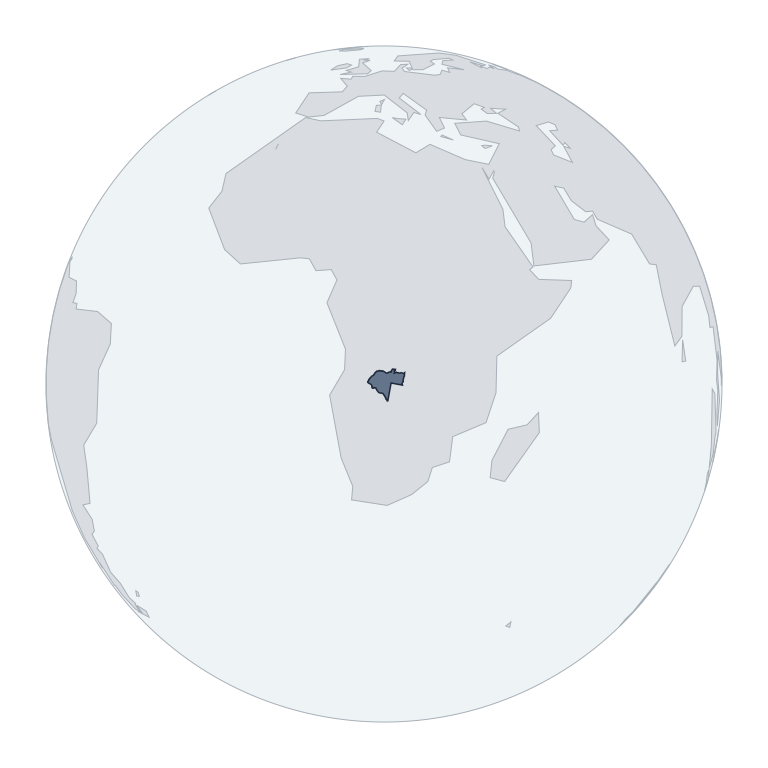 Moxico highlighted on a globe, orthographic projection, rotated 10°
{"feature_id": "AGO-1892", "entity_name": "Moxico", "entity_type": "Province", "adm_level": 1, "iso_a3": "AGO", "parent_name": "Angola", "parent_adm1": "", "projection": "orthographic", "projection_center": [20.805, -13.377], "detail": "fine", "context": "on_globe", "style": "filled", "palette": "slate", "viewbox_px": 768, "rotation_deg": 10, "n_neighbors": 0, "source": "natural_earth", "source_scale": "10m", "svg_char_len": 9010}
<svg xmlns="http://www.w3.org/2000/svg" viewBox="0 0 768 768"><g transform="rotate(10 384 384)"><circle cx="384" cy="384" r="338" fill="#eef3f6" stroke="#a8b0b8"/><path d="M52.2,320.1L54.7,313.1L53.5,318.1L55.3,333.6L63.3,336.0L65.1,348.3L63.5,357.9L67.6,357.9L67.8,363.6L89.4,362.4L105.0,371.8L107.5,392.2L100.4,419.6L107.9,472.5L98.9,496.3L105.9,517.9L115.2,552.6L108.5,555.3L120.1,568.0L124.3,579.1L122.6,582.8L130.7,593.2L129.9,595.8L136.4,600.6L147.5,616.9L158.8,625.9L170.1,638.5L177.6,643.4L177.3,644.3L180.2,647.6L184.7,650.9L178.2,648.8L162.3,636.6L154.1,628.8L153.5,629.1L134.9,609.2L138.8,614.3L115.5,587.3L99.0,562.8L66.0,496.4L61.7,485.1L60.5,481.8L53.7,455.4L49.0,428.6L46.5,401.4L46.2,374.2L48.1,347.0L52.2,320.1ZM193.2,654.5L180.8,650.5L185.8,651.7L178.9,644.8L189.2,649.0L193.2,654.5ZM177.3,635.8L175.5,630.8L178.0,631.8L179.9,635.6L177.3,635.8ZM482.5,60.8L483.1,60.9L488.7,62.9L491.0,63.7L487.8,62.4L487.2,62.2L511.2,70.9L534.4,81.4L556.8,93.6L578.2,107.4L598.5,122.9L617.5,139.8L635.3,158.1L651.6,177.7L666.4,198.4L679.6,220.2L691.1,243.0L700.8,266.5L701.0,267.1L709.3,292.4L715.5,318.3L716.5,327.2L715.2,319.7L707.0,293.6L710.7,315.7L717.2,341.7L719.6,367.6L717.0,355.4L713.9,332.5L710.9,322.7L707.9,302.8L698.2,270.6L695.2,271.7L691.8,260.2L677.9,232.9L671.6,234.1L664.1,255.8L669.1,285.3L663.8,296.0L642.5,247.9L631.4,219.3L624.7,219.6L601.9,193.4L565.5,184.7L559.4,177.5L552.7,179.3L536.6,170.9L527.0,159.9L517.7,159.5L542.9,189.0L552.9,189.9L560.0,180.9L565.3,191.4L580.7,203.0L566.7,225.1L511.1,241.7L504.4,219.6L455.3,162.4L456.0,156.8L455.7,156.1L455.1,155.0L451.9,164.0L443.0,153.9L470.7,191.2L475.9,208.1L510.4,242.9L507.5,246.1L518.2,254.1L550.8,249.5L551.3,256.9L536.7,290.3L490.3,336.9L495.8,373.1L491.2,404.3L460.8,423.9L462.0,449.3L446.1,457.8L444.1,472.4L430.5,488.0L408.3,503.0L372.2,503.8L371.0,490.1L354.7,464.4L332.4,404.4L342.7,376.7L340.0,356.3L313.7,313.9L319.6,289.7L312.2,280.5L297.3,284.2L288.7,273.6L279.6,274.3L221.8,290.7L203.7,279.3L180.9,241.2L190.9,222.4L191.9,204.1L260.6,135.2L276.2,135.8L331.4,123.6L338.4,125.0L333.0,137.3L375.2,150.8L387.7,140.0L424.9,148.9L449.0,149.5L455.8,127.3L416.3,125.4L408.4,115.0L439.2,107.3L473.6,111.3L471.7,107.5L449.1,97.6L456.1,92.2L441.1,94.0L447.8,97.9L438.7,99.7L432.0,96.4L434.7,94.2L424.1,92.3L413.8,104.4L419.5,109.7L392.2,111.9L399.1,121.4L392.0,126.0L377.7,111.9L378.4,106.9L352.5,94.5L349.3,99.7L373.5,112.2L366.3,111.4L362.2,120.3L359.7,112.9L334.1,99.4L308.9,105.1L278.3,129.9L263.3,134.2L250.0,132.4L259.7,110.3L292.2,103.5L296.1,97.1L288.3,90.5L298.8,89.5L299.7,86.4L311.8,84.4L327.7,76.0L339.9,74.3L345.0,66.5L352.0,64.9L346.9,69.7L350.0,72.7L380.1,71.1L385.6,69.4L386.5,64.9L394.6,65.7L391.7,61.6L408.4,60.6L385.5,59.0L385.9,55.3L395.4,53.0L391.4,51.9L376.0,56.0L373.6,58.1L378.1,60.1L367.8,67.7L357.7,69.5L352.9,61.8L338.0,64.1L340.7,58.5L380.7,48.5L398.0,47.8L428.9,52.2L425.5,53.4L412.7,51.9L425.6,55.8L424.0,54.2L430.8,55.4L433.0,53.5L437.9,54.3L431.5,51.6L437.8,52.5L441.7,54.2L450.2,53.7L462.9,56.1L462.5,55.8L458.4,54.7L477.3,59.4L476.1,58.9L469.5,57.1L462.9,55.4L462.7,55.4L482.5,60.8ZM238.3,165.8L236.8,171.1L236.7,171.1L238.3,165.8ZM511.3,129.0L531.1,133.1L519.8,118.8L526.5,119.5L520.2,114.8L518.9,117.8L503.2,105.8L510.9,103.9L507.3,98.9L500.5,97.4L489.0,103.1L511.3,119.7L507.8,124.2L511.3,129.0ZM54.9,312.6L54.8,315.2L54.0,316.7L54.9,312.6ZM167.4,124.6L161.2,130.0L164.1,127.4L167.4,124.6ZM292.2,74.9L296.7,75.6L292.5,79.1L277.1,84.1L282.9,78.7L292.2,74.9ZM304.0,76.0L303.4,68.5L313.0,66.1L307.7,68.5L314.1,67.6L307.3,71.5L317.0,77.6L314.0,81.3L287.1,86.8L297.6,82.5L292.5,81.7L304.0,76.0ZM285.2,62.6L285.1,61.8L306.0,57.1L303.7,58.6L288.2,62.9L281.8,63.8L285.2,62.6ZM309.7,54.3L308.3,54.7L306.6,55.1L309.7,54.3ZM303.3,55.9L300.2,56.7L305.4,55.4L276.3,63.7L303.3,55.9ZM239.9,78.3L232.4,82.0L231.8,82.3L239.9,78.3ZM345.9,120.2L351.3,120.3L359.6,119.4L357.0,125.5L345.9,120.2ZM328.1,110.9L332.9,109.8L333.4,116.9L327.8,117.1L328.1,110.9ZM335.1,103.7L333.1,109.2L330.9,106.4L335.1,103.7ZM351.3,68.8L356.4,68.0L357.1,69.0L354.5,70.8L351.3,68.8ZM449.3,130.6L442.7,134.5L438.9,132.3L441.9,131.3L449.3,130.6ZM397.9,128.7L409.9,131.7L397.0,130.4L397.9,128.7ZM550.3,596.2L550.1,601.9L546.0,601.2L550.3,596.2ZM545.4,404.8L519.7,459.1L504.8,457.8L503.6,440.5L514.1,407.0L532.0,399.4L541.1,385.3L545.4,404.8ZM718.3,433.2L718.5,425.0L718.0,415.9L719.0,411.3L719.8,421.0L719.1,427.2L718.3,433.2ZM718.9,410.8L717.0,387.3L708.1,331.8L711.5,336.0L719.4,373.9L719.1,378.1L720.3,395.2L718.9,410.8ZM721.3,404.2L721.5,400.0L721.7,379.1L721.6,370.9L721.7,372.3L721.3,404.2ZM670.4,288.6L677.2,309.0L673.7,310.4L670.4,288.6ZM440.8,50.9L442.1,51.2L450.7,53.0L437.2,50.5L434.8,49.9L440.8,50.9ZM658.4,581.2L658.4,580.9L662.7,573.5L668.8,565.0L687.1,531.8L686.4,533.8L695.8,513.4L696.9,511.6L685.9,535.8L673.1,559.0L658.4,581.2Z" fill="#d9dde1" stroke="#a8b0b8" stroke-width="1"/><path d="M390.8,381.8L390.7,399.5L390.7,400.3L390.7,400.5L390.6,400.3L390.4,400.2L389.9,400.0L389.9,399.9L389.7,399.4L389.5,399.1L389.4,398.9L389.2,398.8L389.2,398.7L388.8,398.6L388.6,398.6L388.5,398.4L388.4,398.0L388.2,397.8L388.1,397.7L388.1,397.4L387.9,397.3L387.8,397.1L387.6,397.0L387.5,396.9L387.4,396.4L387.3,396.1L387.2,396.0L386.9,395.9L386.6,395.7L386.4,395.2L386.2,395.1L385.9,394.9L385.7,394.8L385.7,394.7L385.4,394.4L384.9,393.9L384.7,393.6L384.3,393.5L384.2,393.5L383.8,393.6L383.6,393.5L383.3,393.3L383.2,393.3L382.9,393.4L382.7,393.4L382.6,393.5L382.0,393.5L381.8,393.5L381.4,393.5L381.2,393.5L380.9,393.5L380.6,393.4L380.4,393.3L379.9,393.0L379.7,392.8L379.5,392.6L379.3,392.4L379.1,392.2L378.9,392.1L378.7,391.9L378.4,391.7L378.1,391.4L378.0,391.2L377.9,391.1L377.7,390.9L377.5,390.6L377.4,390.5L377.4,390.4L377.2,390.0L377.1,389.8L376.9,389.7L376.7,389.4L376.1,389.4L375.6,389.3L375.3,389.2L375.1,389.2L374.8,389.3L374.7,389.4L374.7,389.5L374.7,389.9L374.6,390.0L374.2,389.9L373.8,389.9L373.4,390.1L373.1,390.0L373.0,389.8L372.9,389.7L372.8,389.4L372.7,389.3L372.6,389.1L372.5,388.8L372.6,388.7L372.4,388.3L372.4,388.2L372.5,388.1L372.4,388.0L372.3,387.8L372.2,387.7L372.0,387.3L371.8,387.1L371.7,387.0L371.6,386.9L371.1,386.6L370.8,386.5L370.6,386.4L369.8,386.1L369.6,386.1L369.4,386.1L369.2,386.0L367.8,385.3L367.7,385.2L367.7,384.6L367.6,384.3L367.6,384.2L367.8,384.0L368.0,383.8L368.2,383.7L368.3,383.6L368.3,383.2L368.2,382.9L368.2,382.5L368.2,382.4L368.3,382.3L368.5,382.2L368.7,381.9L368.9,381.6L368.8,381.2L368.8,380.9L369.5,380.4L369.6,380.1L369.7,379.8L370.1,379.4L370.2,379.1L370.3,379.0L370.3,378.9L370.3,378.7L370.8,378.2L371.0,378.1L371.3,377.9L371.6,377.7L371.9,377.5L372.0,377.4L372.0,377.1L372.1,376.9L372.3,376.7L372.5,376.6L372.7,376.3L372.8,376.1L372.8,375.9L372.7,375.6L372.8,375.3L372.9,375.2L373.0,374.9L373.4,374.6L373.4,374.4L373.4,374.2L373.5,374.1L373.8,374.0L373.9,373.9L374.0,373.7L374.1,373.4L374.1,373.2L374.4,372.9L374.5,372.7L374.9,372.6L375.0,372.6L375.1,372.4L375.4,372.4L375.5,372.4L375.8,372.4L376.2,372.3L376.4,372.1L376.7,371.9L376.8,371.6L377.1,371.5L377.4,371.7L377.7,371.8L377.8,371.8L378.1,371.7L378.3,371.5L378.5,371.5L378.8,371.7L378.9,371.8L379.0,371.7L379.3,371.5L379.5,371.5L379.9,371.7L380.0,371.6L380.2,371.3L380.4,371.2L380.5,371.3L381.0,371.5L381.3,371.6L381.5,371.7L382.0,371.8L382.2,372.0L382.4,372.0L382.5,372.0L383.0,372.3L383.3,372.4L383.5,372.4L383.6,372.5L383.8,372.6L384.1,372.7L384.3,372.7L384.6,372.8L385.1,372.8L385.3,372.8L385.4,372.7L385.7,372.3L385.8,372.3L385.9,372.2L386.0,372.2L386.3,371.8L386.4,371.7L386.8,371.5L387.1,371.4L387.4,371.3L387.5,371.2L387.9,371.2L388.0,371.0L388.3,371.0L388.5,371.1L388.9,370.9L389.1,370.8L389.2,370.6L389.2,370.4L389.0,370.2L388.9,370.1L389.0,369.8L389.0,369.6L389.0,369.4L389.2,369.2L389.4,369.0L389.4,368.9L389.4,368.6L389.5,368.4L389.6,368.1L389.7,367.9L389.8,367.8L390.3,367.8L391.2,367.7L391.3,367.7L391.6,367.6L392.0,367.7L392.2,367.8L392.3,367.8L392.5,367.8L392.7,367.7L392.7,368.1L392.8,368.2L392.8,368.3L392.8,368.5L392.7,368.7L392.2,368.8L392.0,369.0L391.9,369.1L391.9,369.3L392.1,369.7L392.1,370.0L392.3,370.4L392.3,370.5L392.4,371.0L392.3,371.5L392.5,371.4L392.8,371.1L393.5,370.9L393.6,370.7L393.8,370.3L394.0,370.2L394.7,370.5L394.9,370.6L395.1,370.6L395.3,370.6L395.6,370.4L395.9,370.3L396.2,370.6L396.3,370.6L396.5,370.6L396.8,370.6L397.8,370.5L398.9,369.9L399.1,369.8L399.3,369.8L399.6,369.9L400.4,370.1L400.6,370.1L400.8,370.1L401.1,370.1L401.3,370.2L401.5,370.3L401.7,370.2L401.8,370.1L401.8,369.9L402.1,369.8L402.2,369.4L402.3,369.3L402.3,369.6L402.5,369.9L402.5,370.0L402.5,370.5L402.4,370.8L402.5,370.9L402.5,371.7L402.6,371.9L402.8,372.4L402.8,372.5L402.6,372.7L402.5,372.8L402.5,373.0L402.5,373.3L402.3,373.5L402.2,373.7L402.2,373.9L402.2,374.0L402.3,374.4L402.4,374.8L402.4,375.0L402.2,375.3L402.1,376.9L402.2,377.2L402.3,377.3L402.4,377.5L402.5,377.6L402.5,378.0L402.6,378.3L402.5,378.5L402.0,379.1L402.0,379.3L401.8,380.1L401.6,380.4L401.6,380.6L401.6,380.8L401.8,381.0L402.1,381.3L402.2,381.5L402.3,381.7L402.4,381.9L390.8,381.8Z" fill="#64748b" stroke="#1e293b" stroke-width="1.5"/></g></svg>